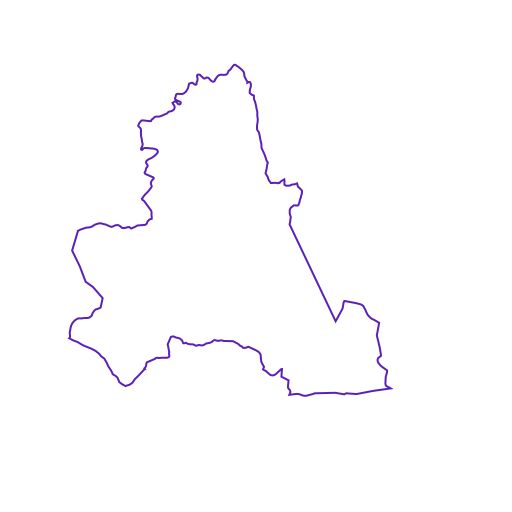 outline of Birim Central Municipal, Eastern, Ghana, rotated 112°
{"feature_id": "2480657B80684943588404", "entity_name": "Birim Central Municipal", "entity_type": "district", "adm_level": 2, "iso_a3": "GHA", "parent_name": "Ghana", "parent_adm1": "Eastern", "projection": "mercator", "projection_center": [-1.02, 5.977], "detail": "fine", "context": "isolated", "style": "outline", "palette": "violet", "viewbox_px": 512, "rotation_deg": 112, "n_neighbors": 0, "source": "geoboundaries", "source_scale": "gbopen_adm2", "svg_char_len": 6127}
<svg xmlns="http://www.w3.org/2000/svg" viewBox="0 0 512 512"><g transform="rotate(112 256 256)"><path d="M402.8,316.8L402.8,317.1L402.6,317.3L402.2,317.5L400.8,316.9L399.9,316.8L399.2,316.8L396.4,317.4L395.6,317.4L395.3,317.2L389.3,311.2L388.4,310.8L387.8,310.3L387.3,309.3L387.0,308.0L386.7,307.2L385.4,304.8L383.7,300.4L383.4,299.9L382.6,299.2L382.1,298.9L381.0,298.9L379.2,300.1L377.5,300.5L370.9,304.8L362.8,304.6L361.6,302.7L361.4,302.1L361.6,299.7L361.1,297.2L361.1,295.6L361.8,293.2L362.7,292.1L363.5,291.5L364.1,290.8L364.0,290.1L362.7,288.5L363.0,286.6L362.6,284.3L361.5,281.2L361.7,278.0L359.7,275.3L359.4,273.0L358.6,271.7L357.7,270.8L355.8,269.4L353.8,266.3L352.2,264.7L350.1,263.7L349.6,262.9L349.2,261.8L349.1,260.0L348.4,258.5L347.1,256.4L346.8,253.9L343.6,245.5L344.2,239.5L345.2,236.9L345.2,235.0L345.9,233.9L345.8,232.8L344.8,231.0L343.4,229.5L343.0,228.9L343.5,220.0L344.0,217.6L344.3,216.7L345.7,214.8L351.9,211.6L353.5,209.9L355.8,207.0L358.5,207.0L358.8,205.9L358.9,204.1L359.4,202.5L360.7,198.9L360.9,197.8L360.5,195.8L359.4,194.3L357.9,193.3L351.6,190.3L351.3,190.0L351.1,189.6L358.4,187.2L359.1,179.2L364.7,177.6L366.2,176.9L367.1,175.6L367.7,174.3L369.1,173.2L370.7,173.0L372.2,173.1L368.6,166.6L368.0,164.8L367.8,160.5L367.6,159.2L367.1,157.7L366.0,155.9L364.9,154.6L362.5,151.3L361.4,150.3L353.2,131.4L351.2,122.4L349.4,120.8L348.9,118.9L346.3,111.0L337.2,96.9L328.3,81.5L327.9,83.9L327.9,85.3L327.7,86.4L327.2,87.3L325.9,88.2L319.6,90.4L314.5,91.0L313.2,91.5L312.9,91.9L311.5,97.7L310.8,99.8L309.0,102.9L307.9,103.8L306.7,104.4L305.8,104.5L304.5,104.4L302.7,103.2L301.5,102.7L294.3,107.1L284.4,114.2L271.8,116.8L271.0,122.3L270.8,125.6L270.1,127.5L268.9,130.1L267.1,132.3L265.8,133.5L262.3,137.6L261.9,138.7L261.7,139.7L261.6,140.6L262.2,145.5L264.6,157.2L267.0,157.3L267.7,157.0L272.1,156.1L272.9,156.1L286.7,157.7L214.1,236.7L211.3,237.2L209.2,237.8L206.9,238.3L203.9,240.7L200.6,242.0L198.2,241.8L194.9,239.9L194.3,238.4L193.9,236.8L193.0,235.8L190.1,235.8L189.2,236.0L186.5,236.4L185.3,236.3L183.4,236.7L181.9,236.7L180.5,237.0L178.4,237.7L177.8,238.5L176.4,241.8L176.0,243.1L173.3,245.1L175.2,247.2L175.7,248.4L176.8,249.9L178.1,251.1L179.5,254.2L179.3,256.3L177.3,257.2L176.5,257.3L174.4,258.5L177.4,260.8L179.5,261.6L179.7,262.6L180.4,263.1L180.6,264.5L180.9,265.5L182.8,269.6L181.9,270.9L181.0,272.5L178.2,274.9L175.8,278.1L170.7,278.9L167.8,279.7L165.0,280.0L163.6,282.0L161.4,283.7L157.9,286.9L153.7,291.4L150.0,293.0L147.3,295.0L142.7,297.9L140.2,299.7L138.6,302.2L136.3,303.3L134.0,304.1L131.0,304.7L128.1,305.8L125.6,307.3L122.0,308.7L118.9,310.9L116.0,312.7L113.7,314.4L111.3,316.6L108.0,318.1L108.1,320.2L107.4,322.7L106.2,323.4L103.6,324.0L101.6,324.2L100.0,324.5L98.3,325.3L97.0,326.8L97.4,327.9L98.7,328.9L97.5,329.4L96.8,330.5L93.8,334.0L90.8,335.6L90.0,336.4L89.5,337.1L88.6,339.0L87.1,343.5L87.0,344.6L86.6,346.0L86.5,346.9L86.9,347.9L88.0,348.4L93.2,349.8L93.3,350.0L93.7,350.1L94.4,350.6L95.2,350.8L97.5,350.8L98.4,351.2L99.3,352.0L99.7,352.8L100.3,354.1L101.1,356.6L102.3,358.1L103.4,358.8L104.8,359.3L107.1,359.8L107.4,360.0L108.0,359.8L109.3,360.0L110.3,360.6L110.6,361.6L110.4,363.1L109.5,365.1L108.9,366.1L108.7,367.0L108.7,367.6L109.1,368.8L110.6,369.9L110.9,370.6L110.7,371.5L109.4,375.1L109.0,375.7L109.3,377.3L109.8,378.0L110.5,378.3L111.5,378.0L112.2,377.4L113.8,376.4L115.4,376.0L117.5,376.1L119.0,375.5L119.6,375.8L119.9,376.5L119.8,377.9L119.3,379.3L119.3,380.2L119.9,381.1L121.3,382.6L125.9,381.9L129.7,382.5L131.7,383.5L132.8,384.4L133.5,385.2L135.1,389.6L135.5,390.1L136.3,390.5L136.8,390.5L139.0,390.1L140.1,390.2L140.7,389.9L141.1,389.4L141.4,387.4L141.4,384.0L141.7,383.4L142.4,383.1L143.2,383.1L143.8,383.4L144.1,383.8L144.3,384.9L144.0,385.7L142.8,387.8L143.2,389.4L144.7,390.3L145.2,390.2L145.4,390.6L146.1,389.9L146.9,388.5L147.7,387.6L148.6,387.1L150.2,386.9L150.8,386.9L151.2,387.1L152.6,387.9L153.1,388.4L153.5,388.9L154.6,390.5L155.5,391.3L157.0,391.8L161.5,396.2L162.8,397.7L163.3,398.6L163.8,400.1L164.8,401.8L165.2,402.1L167.6,403.1L168.2,403.6L168.8,403.9L170.1,403.8L170.8,405.0L172.5,411.3L173.1,412.6L173.4,413.0L175.3,413.7L176.5,414.0L179.0,414.1L179.7,413.7L180.9,410.9L181.6,410.2L182.7,409.6L185.2,408.7L187.8,407.5L191.1,405.3L192.6,404.6L193.4,403.9L194.5,403.1L195.6,402.7L198.3,402.6L198.4,402.8L200.0,402.7L200.5,401.9L200.3,401.4L198.3,400.5L197.6,399.7L197.4,399.3L196.9,397.6L196.6,397.1L194.7,390.6L194.6,390.0L194.7,387.4L195.2,386.7L196.2,386.0L197.5,386.0L199.8,386.9L200.6,387.4L201.1,387.5L204.5,389.8L206.9,392.1L208.7,393.1L209.9,393.2L210.9,392.7L212.6,390.4L213.0,390.2L214.0,390.2L215.4,390.7L217.0,390.6L218.4,390.2L219.5,390.5L220.5,390.5L221.1,389.8L221.4,388.9L221.6,380.6L222.1,379.9L223.0,380.0L224.8,380.8L227.2,381.0L228.5,380.4L230.4,378.8L231.3,378.7L236.6,380.2L240.6,381.9L242.9,382.6L244.2,382.8L245.6,383.3L246.6,382.0L246.8,380.8L247.3,379.7L253.1,370.4L254.1,369.5L255.8,368.7L256.6,368.5L259.5,367.0L260.7,366.7L260.8,367.0L261.5,367.9L262.8,368.8L264.5,369.4L265.3,369.5L266.4,369.4L267.4,369.6L268.4,370.2L268.9,370.8L269.6,372.5L270.1,373.0L270.3,373.8L271.2,375.4L271.9,377.1L274.2,379.0L275.9,380.7L276.5,381.1L277.3,382.2L276.8,383.6L276.7,384.4L276.9,384.6L277.0,385.3L278.4,387.1L279.7,389.1L280.1,390.7L279.2,393.3L279.0,394.9L279.1,395.7L279.8,397.3L281.0,398.7L282.1,399.6L283.1,400.8L283.3,403.3L283.1,406.7L283.9,412.5L285.0,414.4L287.5,417.3L290.0,419.0L291.5,420.6L293.5,424.3L297.5,428.9L299.5,430.5L319.9,428.5L331.5,415.6L343.7,404.3L345.9,395.4L352.5,382.4L361.8,380.8L362.2,380.9L364.2,382.8L365.8,384.8L366.9,385.3L368.1,385.7L370.4,386.1L373.2,386.0L373.7,386.3L375.7,387.7L376.3,388.5L378.4,393.1L379.2,394.2L379.8,396.1L380.6,397.6L381.2,398.2L383.8,400.0L386.9,401.1L390.0,401.3L391.5,401.1L396.9,400.0L400.3,398.2L401.9,398.1L402.2,398.3L402.7,394.4L402.6,389.2L403.6,383.0L403.6,374.0L404.1,369.2L405.5,364.5L407.0,362.1L407.9,358.3L410.8,354.5L413.6,351.6L416.9,346.9L419.3,344.5L419.8,341.2L420.7,338.8L424.1,335.5L425.0,332.2L425.5,328.4L422.7,325.0L419.9,323.1L415.6,322.2L412.3,320.7L403.5,317.3L402.8,316.8Z" fill="none" stroke="#5b21b6" stroke-width="2"/></g></svg>